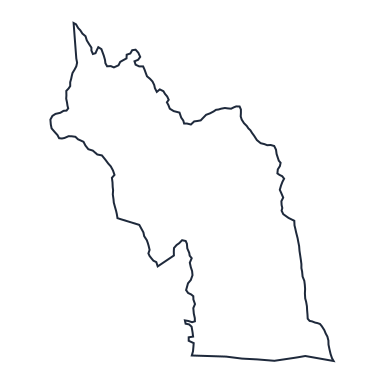 Jussiape, Bahia, Brazil (Natural Earth projection)
{"feature_id": "56859067B44005260140966", "entity_name": "Jussiape", "entity_type": "district", "adm_level": 2, "iso_a3": "BRA", "parent_name": "Brazil", "parent_adm1": "Bahia", "projection": "natural_earth1", "projection_center": [-41.617, -13.496], "detail": "fine", "context": "isolated", "style": "outline", "palette": "slate", "viewbox_px": 384, "rotation_deg": 0, "n_neighbors": 0, "source": "geoboundaries", "source_scale": "gbopen_adm2", "svg_char_len": 3286}
<svg xmlns="http://www.w3.org/2000/svg" viewBox="0 0 384 384"><path d="M73.6,23.0L76.3,58.5L77.1,62.7L76.3,66.3L74.5,69.7L72.5,73.0L71.8,75.8L71.2,78.7L70.2,82.2L70.2,86.1L68.5,88.6L66.3,90.9L66.4,95.4L66.2,98.7L67.0,102.4L67.5,105.8L68.2,108.4L66.5,110.6L63.6,110.8L60.3,112.8L55.5,113.9L52.4,115.9L50.4,119.6L50.8,124.5L51.6,128.4L54.7,132.0L57.5,135.1L59.1,138.2L61.9,138.5L64.4,138.0L68.6,136.2L71.8,136.3L75.4,136.8L78.0,139.3L80.7,140.5L83.5,141.8L85.4,145.5L88.3,149.2L92.8,150.6L97.3,154.5L101.9,155.4L105.3,159.6L108.2,163.5L110.8,166.4L113.0,170.5L114.5,174.9L111.9,177.8L112.5,182.4L112.7,187.0L113.1,190.3L112.8,194.4L113.5,199.3L113.8,202.6L114.9,206.7L116.1,210.9L116.8,214.0L117.5,218.2L139.3,224.9L141.7,229.3L143.4,232.4L144.2,236.2L146.8,240.2L147.8,243.0L148.6,245.7L149.6,249.9L148.4,253.4L149.6,256.0L151.4,258.3L153.4,260.7L156.3,262.1L157.7,266.4L173.9,255.5L173.8,251.3L174.0,248.0L176.6,245.0L179.2,243.2L182.1,240.2L185.7,241.0L186.9,243.7L187.3,248.4L189.2,252.8L189.7,255.7L191.7,258.2L189.8,262.7L190.8,267.2L192.1,271.1L192.5,275.2L190.8,280.0L188.0,283.3L187.0,286.9L186.1,290.1L188.1,293.0L191.1,294.4L193.3,296.2L193.4,299.5L195.0,304.1L193.3,308.1L193.8,313.6L194.8,318.1L194.9,321.3L192.1,322.2L188.4,321.0L184.9,320.4L185.6,323.7L189.1,324.4L191.6,326.7L192.6,332.6L193.1,336.6L188.7,337.3L188.7,340.8L193.7,343.1L193.4,347.0L193.0,351.3L191.8,355.5L226.1,356.6L242.0,358.6L257.2,359.4L274.4,360.8L294.0,357.9L297.8,357.3L305.3,356.0L333.6,361.0L332.0,358.2L330.6,354.1L329.4,349.0L328.5,344.6L328.4,340.6L327.4,336.6L325.7,333.5L324.3,330.1L321.8,326.2L320.0,324.0L317.5,323.1L315.1,322.6L312.1,321.4L309.6,320.9L307.7,318.7L307.5,314.8L307.1,310.0L306.9,306.2L306.1,301.7L305.2,298.4L304.9,293.4L305.1,289.0L304.8,284.7L304.3,280.8L302.6,276.6L302.1,271.5L301.4,268.1L301.4,264.1L300.9,260.2L300.2,255.5L299.5,250.9L299.1,246.0L298.3,242.0L297.6,238.2L296.1,232.3L295.2,228.2L294.5,225.4L294.3,220.8L288.5,217.9L283.3,214.2L281.6,210.7L282.3,208.0L281.6,205.0L281.4,201.2L283.2,197.6L281.5,193.6L279.8,189.8L281.0,185.6L282.5,181.7L284.1,178.7L282.2,176.2L279.5,174.9L277.4,173.4L277.8,169.4L279.9,166.1L280.6,162.8L278.8,160.7L277.8,157.7L276.6,154.0L276.0,149.7L274.2,146.0L270.7,145.0L267.2,145.2L264.4,144.1L260.7,143.2L256.9,140.1L254.0,135.6L252.0,132.9L250.4,130.3L248.4,128.4L246.8,126.0L244.0,123.2L241.7,119.6L240.7,116.4L240.9,112.9L240.9,109.5L239.6,106.5L236.2,106.4L233.9,107.3L231.1,108.7L227.8,108.4L224.9,108.0L221.1,108.7L218.5,109.5L216.0,109.8L213.7,111.4L209.9,113.4L206.1,114.8L202.8,118.2L200.7,120.4L197.3,121.0L194.2,121.4L190.9,124.5L186.8,123.5L184.1,123.5L183.3,120.6L181.2,117.6L179.5,112.6L173.7,111.1L169.8,108.7L168.4,105.1L166.9,102.3L168.7,99.8L167.2,96.5L165.0,93.9L163.4,91.2L159.8,89.4L156.8,91.9L154.9,88.1L154.2,85.0L152.5,81.5L150.1,78.9L147.0,76.3L145.8,73.1L144.5,69.5L143.1,66.4L139.2,66.4L135.6,64.7L134.5,61.3L138.1,59.8L140.2,56.9L138.3,52.7L135.6,49.7L132.2,50.2L130.3,53.5L126.7,54.7L126.5,58.4L122.8,60.4L120.2,61.9L118.5,65.3L113.9,67.4L110.8,66.1L107.1,66.3L105.4,63.2L105.0,59.9L103.8,55.7L101.4,49.1L98.3,47.2L96.9,50.0L95.5,53.2L92.9,54.0L91.4,50.5L91.4,47.6L89.2,44.3L86.8,40.4L85.5,36.2L82.4,33.6L80.3,30.3L78.2,28.1L76.0,24.3L73.6,23.0Z" fill="none" stroke="#1e293b" stroke-width="2"/></svg>